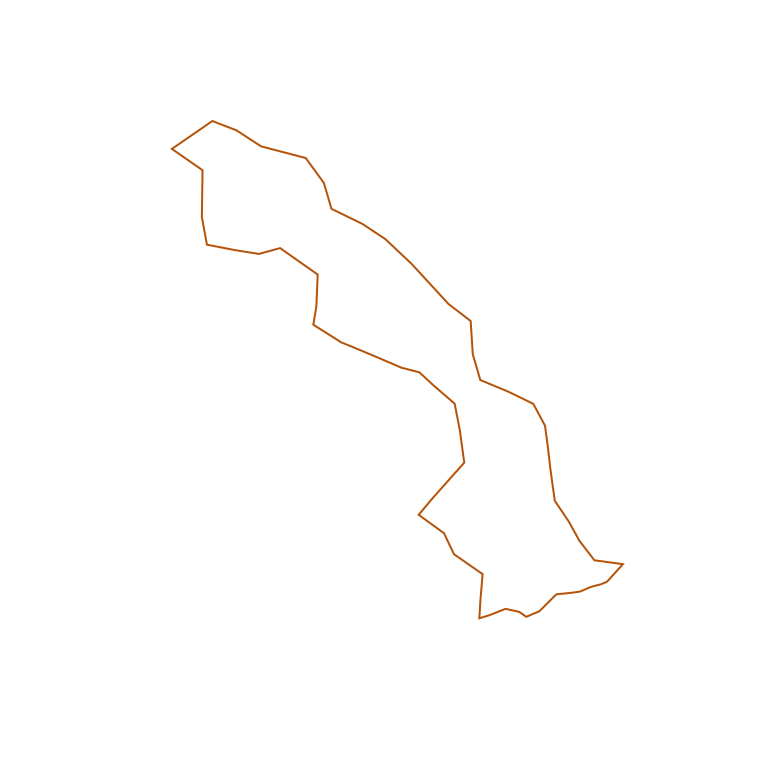 Palaichori Morfou, Nicosia, Cyprus (Mercator projection), rotated 296°
{"feature_id": "46923920B86427457080287", "entity_name": "Palaichori Morfou", "entity_type": "district", "adm_level": 2, "iso_a3": "CYP", "parent_name": "Cyprus", "parent_adm1": "Nicosia", "projection": "mercator", "projection_center": [33.084, 34.938], "detail": "fine", "context": "isolated", "style": "outline", "palette": "amber", "viewbox_px": 768, "rotation_deg": 296, "n_neighbors": 0, "source": "geoboundaries", "source_scale": "gbopen_adm2", "svg_char_len": 945}
<svg xmlns="http://www.w3.org/2000/svg" viewBox="0 0 768 768"><g transform="rotate(296 384 384)"><path d="M454.2,147.1L431.6,163.8L438.9,191.0L446.1,214.6L460.6,231.0L453.3,276.4L424.4,289.1L406.3,294.5L402.7,327.2L404.5,356.3L406.3,392.6L410.0,410.7L404.5,428.9L397.3,456.1L375.6,472.5L348.5,490.6L303.3,477.9L281.6,472.5L276.2,503.3L261.7,521.5L256.3,556.0L232.8,565.1L215.2,572.4L222.2,579.9L235.2,591.8L238.5,605.6L237.1,613.9L247.9,623.3L266.9,629.8L270.6,631.2L276.9,641.4L279.1,644.9L283.4,651.2L292.3,658.9L294.9,661.9L299.4,667.1L303.0,670.2L304.3,671.2L326.8,677.7L317.8,650.4L328.6,628.6L341.3,610.5L353.9,588.7L381.0,570.5L400.9,557.8L417.2,546.9L431.6,526.9L431.6,499.7L429.8,468.8L449.7,450.7L478.6,434.3L484.1,407.1L504.0,356.3L514.8,321.7L518.4,294.5L518.4,260.0L538.3,241.9L552.8,214.6L547.3,187.4L543.7,169.2L547.3,140.2L545.1,114.4L502.3,90.3L496.6,127.2L454.2,147.1Z" fill="none" stroke="#b45309" stroke-width="2"/></g></svg>